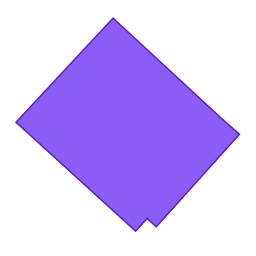 outline of Jack, Texas, United States of America, rotated 132°
{"feature_id": "52423323B71935080527637", "entity_name": "Jack", "entity_type": "district", "adm_level": 2, "iso_a3": "USA", "parent_name": "United States of America", "parent_adm1": "Texas", "projection": "equal_earth", "projection_center": [-98.116, 33.234], "detail": "fine", "context": "isolated", "style": "filled", "palette": "violet", "viewbox_px": 256, "rotation_deg": 132, "n_neighbors": 0, "source": "geoboundaries", "source_scale": "gbopen_adm2", "svg_char_len": 270}
<svg xmlns="http://www.w3.org/2000/svg" viewBox="0 0 256 256"><g transform="rotate(132 128 128)"><path d="M199.6,53.3L182.5,53.3L182.5,40.9L58.1,41.0L58.3,67.4L56.4,212.6L160.8,214.4L198.7,215.1L199.6,53.3Z" fill="#8b5cf6" stroke="#5b21b6" stroke-width="1.5"/></g></svg>